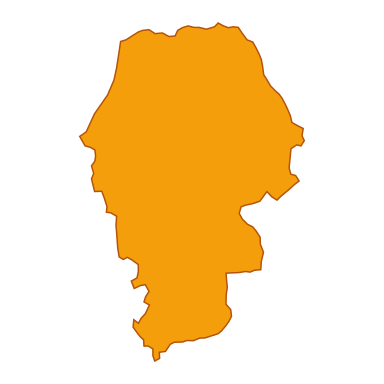 Aramina, São Paulo, Brazil
{"feature_id": "56859067B67671022850152", "entity_name": "Aramina", "entity_type": "district", "adm_level": 2, "iso_a3": "BRA", "parent_name": "Brazil", "parent_adm1": "São Paulo", "projection": "equal_earth", "projection_center": [-47.817, -20.156], "detail": "fine", "context": "isolated", "style": "filled", "palette": "amber", "viewbox_px": 384, "rotation_deg": 0, "n_neighbors": 0, "source": "geoboundaries", "source_scale": "gbopen_adm2", "svg_char_len": 1880}
<svg xmlns="http://www.w3.org/2000/svg" viewBox="0 0 384 384"><path d="M79.7,136.4L85.1,145.9L90.0,147.2L94.9,149.9L95.6,156.0L94.8,161.3L91.5,165.8L93.7,173.4L91.5,178.9L94.6,191.5L101.8,191.3L104.2,197.8L107.0,206.5L106.4,212.2L110.7,212.8L116.6,216.2L116.0,225.4L116.7,233.8L117.7,247.9L119.1,256.8L123.2,259.5L127.4,257.3L132.2,260.1L138.3,264.6L138.3,271.8L137.0,277.9L131.3,281.1L134.2,288.5L140.3,285.6L145.3,284.7L149.0,291.4L145.6,296.8L144.0,301.9L149.4,305.0L145.5,313.5L141.2,318.2L138.4,323.2L133.8,319.7L133.1,327.2L136.6,332.0L140.1,336.6L143.6,339.8L144.0,346.1L148.0,346.0L152.9,348.9L152.9,355.7L154.7,361.0L159.6,358.4L159.3,352.3L165.5,351.4L170.2,344.3L174.4,342.2L182.7,342.0L186.7,340.5L193.2,340.7L199.8,338.1L205.1,337.9L218.1,333.7L221.4,331.0L225.8,325.8L228.9,321.4L231.5,316.3L230.7,309.6L226.0,304.3L226.2,294.7L227.3,287.3L226.5,279.4L226.1,273.2L231.1,272.9L238.7,272.6L245.5,271.5L250.1,272.1L254.7,270.2L260.8,269.7L261.3,261.4L263.5,252.2L260.4,244.4L260.1,237.2L256.4,231.4L252.7,226.9L247.4,224.2L242.4,219.2L239.2,213.4L241.1,206.8L245.7,205.1L252.9,203.6L259.9,201.2L266.9,191.6L271.9,196.9L277.0,200.1L281.2,196.0L288.9,189.6L294.5,184.5L299.1,181.0L295.6,175.5L290.8,174.2L289.1,167.8L291.0,148.7L296.7,144.9L300.9,145.9L304.3,140.7L302.0,135.8L303.2,128.5L298.3,126.1L291.9,122.5L290.4,115.9L288.4,111.1L285.6,104.9L282.2,98.5L279.2,94.3L275.1,90.6L270.5,85.9L267.0,79.9L263.7,74.7L262.6,66.4L261.3,59.4L259.1,54.1L256.1,48.0L252.7,42.0L247.0,39.8L241.8,32.7L238.3,27.4L233.1,26.8L228.2,27.7L223.0,25.7L218.2,23.0L214.5,26.8L206.4,29.2L199.1,27.4L193.8,27.4L188.2,25.9L182.3,27.7L177.7,30.4L175.1,36.0L168.9,36.5L162.5,33.0L155.0,33.6L149.0,29.7L142.7,30.4L138.5,31.9L131.3,36.4L126.1,39.8L120.6,41.5L119.2,51.0L116.6,67.9L114.0,80.0L107.6,95.0L94.5,113.8L86.2,131.9L79.7,136.4Z" fill="#f59e0b" stroke="#b45309" stroke-width="1.5"/></svg>